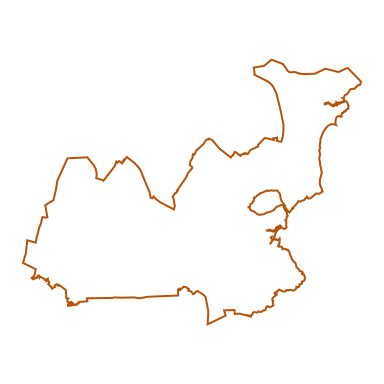 the district of Maungakiekie-TÄmaki Local Board Area, Auckland, New Zealand
{"feature_id": "76426892B3481372105760", "entity_name": "Maungakiekie-TÄmaki Local Board Area", "entity_type": "district", "adm_level": 2, "iso_a3": "NZL", "parent_name": "New Zealand", "parent_adm1": "Auckland", "projection": "natural_earth1", "projection_center": [174.844, -36.902], "detail": "fine", "context": "isolated", "style": "outline", "palette": "amber", "viewbox_px": 384, "rotation_deg": 0, "n_neighbors": 0, "source": "geoboundaries", "source_scale": "gbopen_adm2", "svg_char_len": 6019}
<svg xmlns="http://www.w3.org/2000/svg" viewBox="0 0 384 384"><path d="M45.2,205.2L47.4,217.3L45.7,217.6L42.5,217.1L40.4,225.4L39.8,225.6L36.7,237.4L35.8,242.6L27.2,240.3L25.9,253.2L23.0,262.9L35.7,269.2L34.7,274.7L33.1,277.1L31.7,277.9L32.2,278.7L33.6,279.4L35.3,277.8L36.6,278.1L37.1,276.7L37.7,276.2L37.8,276.7L38.8,275.5L39.3,275.8L39.5,276.8L39.6,276.5L44.7,279.1L44.8,279.9L46.2,280.6L46.3,281.1L46.9,280.5L47.1,278.9L47.9,278.7L47.7,280.8L48.4,281.0L49.3,282.6L48.2,284.0L49.3,284.9L50.2,286.4L51.0,286.5L52.2,288.7L53.5,287.5L54.9,287.1L54.7,285.3L56.9,284.2L57.8,285.6L58.5,285.8L58.9,285.0L59.2,285.1L65.1,289.4L65.8,290.4L66.4,298.1L68.3,298.4L67.2,299.8L67.6,302.0L68.5,302.3L71.4,302.0L72.8,303.3L68.0,304.5L68.1,305.9L76.7,304.7L76.6,303.7L78.7,303.4L78.7,302.0L87.3,301.3L86.9,298.3L112.1,297.9L114.3,297.4L122.4,297.7L134.0,297.4L139.7,298.3L147.6,296.8L178.2,295.5L178.0,290.0L179.7,290.1L179.1,288.8L179.6,288.6L179.8,289.2L181.6,288.8L183.3,286.9L186.6,287.2L187.6,288.6L188.8,288.8L188.7,289.6L189.3,290.6L188.9,290.8L191.2,291.5L193.2,294.1L194.3,293.8L195.5,291.9L197.6,291.0L203.0,294.4L205.6,297.0L208.3,311.2L207.7,324.3L225.6,315.6L224.1,310.4L234.5,310.0L234.8,314.0L239.7,313.6L249.5,316.2L248.9,315.5L251.2,315.9L251.6,315.0L252.5,314.6L252.8,313.0L253.3,312.4L254.3,312.1L257.2,312.6L258.5,311.4L259.8,311.9L262.2,311.6L262.7,310.6L264.6,310.3L265.6,309.7L265.9,308.1L267.3,306.1L269.9,307.3L273.4,305.4L272.7,302.0L273.2,300.9L272.3,300.0L272.2,299.3L273.1,297.5L276.7,294.7L276.6,294.0L274.9,293.9L274.6,293.0L275.1,292.4L277.4,291.6L277.4,290.9L279.3,289.6L282.7,291.3L284.6,291.6L285.9,291.1L286.0,290.3L286.8,290.0L288.4,290.3L289.4,289.9L293.3,290.6L294.3,290.3L296.4,288.4L296.3,286.8L298.5,287.2L299.6,285.9L299.5,284.3L301.8,283.8L302.0,283.1L301.8,281.5L303.1,281.4L304.0,280.8L304.8,279.5L304.6,278.4L305.0,277.5L304.0,274.7L302.5,274.4L301.9,273.8L302.8,272.3L301.9,271.5L300.3,271.3L299.3,270.6L299.0,269.4L296.5,267.2L295.7,263.7L295.0,262.4L293.1,261.2L293.0,260.5L291.9,259.4L292.0,258.8L290.1,254.9L289.6,252.6L288.2,250.1L287.5,250.3L286.1,249.1L284.8,249.2L283.3,248.6L282.4,249.0L282.5,248.2L281.9,247.0L279.7,246.4L278.7,246.7L278.1,246.1L278.3,245.1L279.1,244.7L279.8,239.5L279.6,238.5L278.6,239.6L277.4,240.2L277.0,239.7L276.1,239.9L275.9,239.2L274.8,239.4L274.6,238.9L274.3,239.4L273.6,239.0L270.6,243.5L269.6,243.8L270.6,243.3L272.5,239.6L271.0,238.1L270.8,237.3L271.6,236.8L274.7,236.4L275.5,233.1L278.0,229.4L279.8,228.3L279.2,227.9L277.4,227.9L276.6,228.6L277.0,229.5L276.8,230.4L275.6,231.3L272.8,231.6L270.4,230.7L268.1,230.8L267.0,230.6L266.9,230.4L268.4,230.3L269.1,229.6L272.5,230.6L274.8,230.1L275.4,229.6L276.2,227.6L277.3,226.7L279.5,226.5L279.3,226.0L280.0,225.4L280.7,225.7L281.5,227.8L283.9,228.8L284.9,228.9L286.5,227.5L286.1,224.4L286.4,222.4L285.3,220.4L286.3,220.2L286.6,217.2L287.7,215.8L287.0,214.4L287.0,212.7L284.6,209.1L283.3,205.7L282.8,205.1L281.2,205.0L276.2,207.1L274.0,210.0L270.8,211.6L266.5,212.7L263.8,214.2L259.4,214.9L257.0,213.8L253.4,211.1L251.4,210.7L250.2,209.6L249.7,208.1L248.6,207.1L249.9,206.7L250.4,204.3L252.1,203.3L253.2,201.2L253.8,200.9L253.9,198.1L254.4,198.2L255.1,197.1L255.6,197.2L257.7,195.0L259.7,194.1L260.1,193.2L263.4,192.3L264.1,191.5L265.8,191.3L266.7,190.4L268.2,191.0L270.9,190.3L272.6,190.7L277.4,190.5L279.9,194.0L280.7,198.6L281.5,200.9L284.8,205.5L285.3,207.5L289.4,212.5L291.9,209.5L292.1,208.2L292.7,207.8L293.3,208.2L293.7,207.0L296.8,203.8L298.4,201.1L300.2,201.6L302.5,200.4L303.8,200.3L305.1,199.2L305.2,198.5L306.4,197.8L306.9,196.7L308.4,198.6L310.6,198.2L314.5,195.0L315.5,193.7L317.5,193.5L319.0,193.9L322.6,191.6L321.8,190.3L321.8,189.0L320.1,185.1L319.8,183.3L319.9,179.7L321.8,172.9L320.2,164.8L320.0,161.9L319.2,159.3L319.8,155.2L320.2,154.7L319.2,150.4L320.1,148.5L319.8,144.9L320.4,141.9L320.4,139.2L323.2,132.0L325.9,128.0L328.0,125.8L330.8,124.3L333.6,124.2L335.1,124.7L335.4,124.4L335.7,125.0L336.2,125.1L335.5,123.5L335.4,122.0L336.2,117.8L337.4,116.5L338.5,116.1L339.6,116.0L340.5,116.9L341.7,116.3L341.4,115.1L342.0,113.1L343.3,112.9L343.9,111.6L344.8,111.8L345.4,111.3L345.3,110.8L346.0,110.7L346.3,109.6L348.4,108.6L348.1,107.8L348.6,106.2L347.1,102.2L345.6,101.0L343.2,102.2L342.1,102.3L340.4,103.4L338.4,103.9L337.5,104.5L337.2,105.5L336.7,106.2L337.1,104.8L336.4,104.2L335.4,104.7L334.5,105.9L333.0,106.4L328.4,103.2L327.2,103.3L325.4,104.5L324.9,104.4L325.3,103.7L325.0,103.3L328.4,102.3L330.5,104.0L333.5,105.4L334.4,104.2L336.2,103.2L336.3,102.2L337.4,103.2L338.2,102.6L340.0,102.6L343.7,101.0L344.3,100.3L343.6,98.7L342.9,98.2L343.9,98.2L344.6,95.5L347.5,93.8L350.3,89.3L354.8,88.6L355.6,87.3L357.1,86.3L357.5,85.4L360.1,84.8L361.0,81.6L347.9,68.1L347.1,68.1L338.4,72.0L325.4,68.7L314.6,73.8L302.9,74.0L299.3,73.5L294.9,72.0L290.8,72.3L289.1,72.0L287.8,71.0L283.1,64.1L271.5,59.7L264.0,65.9L253.7,67.6L254.6,72.7L254.4,74.7L268.8,82.0L272.6,85.8L276.3,93.0L280.8,111.3L283.5,125.0L283.4,131.7L282.8,136.3L281.3,141.7L277.1,141.0L276.9,137.6L273.3,138.4L273.9,140.0L264.9,137.9L258.1,144.8L258.3,146.4L250.3,150.1L247.7,154.1L245.2,153.0L244.8,154.0L243.7,153.6L243.4,154.1L242.4,154.0L240.6,155.8L239.9,155.0L239.5,155.3L235.3,151.8L234.8,151.9L233.1,155.1L232.9,154.9L230.8,157.5L219.3,148.5L212.3,140.0L208.6,138.6L208.3,139.4L206.7,139.5L205.6,140.6L203.8,143.7L196.1,150.7L194.6,154.6L193.0,154.2L192.6,155.3L192.8,157.2L190.4,161.5L189.8,165.0L192.2,167.2L192.3,168.0L187.7,173.4L187.4,174.9L185.5,178.3L177.2,190.3L177.7,190.6L176.1,193.0L175.4,192.9L172.6,196.9L173.2,197.5L173.8,199.7L174.3,203.7L174.9,205.6L173.9,209.4L159.9,202.1L155.6,198.8L153.6,196.5L152.4,198.2L150.8,198.0L149.6,192.4L140.5,170.3L138.7,167.6L134.5,163.0L126.8,157.0L124.7,159.7L124.2,159.3L123.2,160.6L123.8,160.9L122.2,163.4L121.7,163.1L121.9,162.8L119.0,161.1L117.4,162.7L116.3,161.6L114.6,166.4L103.4,180.8L103.0,180.1L96.3,178.2L96.7,173.6L95.6,168.5L93.6,165.0L87.3,157.3L67.5,158.3L57.4,180.5L56.1,188.6L53.5,200.1L45.2,205.2Z" fill="none" stroke="#b45309" stroke-width="2"/></svg>